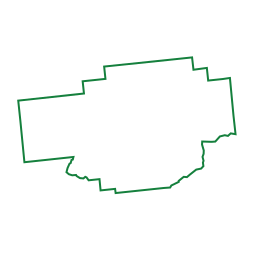 Chouteau, Montana, United States of America, rotated 354°
{"feature_id": "52423323B43450908870272", "entity_name": "Chouteau", "entity_type": "district", "adm_level": 2, "iso_a3": "USA", "parent_name": "United States of America", "parent_adm1": "Montana", "projection": "robinson", "projection_center": [-110.325, 47.861], "detail": "fine", "context": "isolated", "style": "outline", "palette": "green", "viewbox_px": 256, "rotation_deg": 354, "n_neighbors": 0, "source": "geoboundaries", "source_scale": "gbopen_adm2", "svg_char_len": 895}
<svg xmlns="http://www.w3.org/2000/svg" viewBox="0 0 256 256"><g transform="rotate(354 128 128)"><path d="M157.5,191.4L163.7,191.6L165.1,189.7L172.8,186.9L172.9,185.9L178.3,182.4L181.5,183.0L184.7,180.8L191.5,176.5L196.5,176.0L199.0,173.8L198.9,170.3L199.7,168.5L199.1,164.5L200.5,161.6L201.0,158.3L199.9,152.2L200.4,149.2L209.7,150.5L213.4,150.6L218.5,146.0L223.5,145.3L226.6,146.3L229.6,144.1L234.3,145.4L234.2,126.6L234.6,88.9L227.3,89.2L212.7,89.2L212.7,87.1L212.7,76.5L199.2,76.9L199.1,64.5L180.1,64.5L174.5,64.5L110.7,64.4L110.7,76.8L95.9,76.8L87.8,76.8L87.8,89.1L21.7,89.3L21.7,110.0L21.4,151.2L70.7,151.1L69.8,153.6L68.5,153.9L67.3,156.9L66.1,157.4L63.7,161.5L62.2,165.5L64.4,167.8L67.6,169.2L71.4,169.3L71.9,170.4L75.0,172.8L78.4,173.5L80.4,172.1L81.6,172.8L83.4,175.9L94.3,175.9L94.2,187.2L108.8,187.2L108.9,191.4L157.5,191.4Z" fill="none" stroke="#15803d" stroke-width="2"/></g></svg>